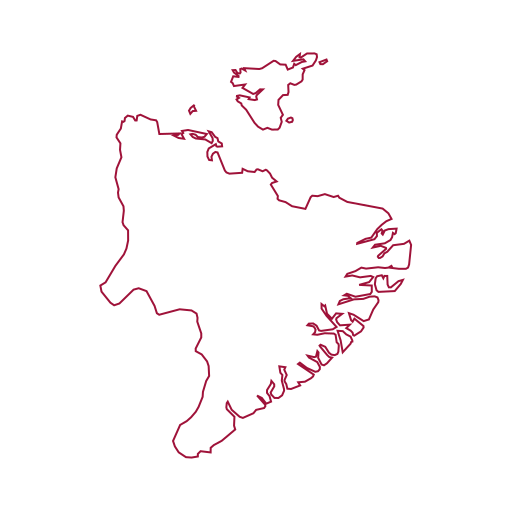 map outline of Southland (Robinson projection), rotated 187°
{"feature_id": "NZL-3408", "entity_name": "Southland", "entity_type": "Regional Council", "adm_level": 1, "iso_a3": "NZL", "parent_name": "New Zealand", "parent_adm1": "", "projection": "robinson", "projection_center": [167.625, -45.772], "detail": "fine", "context": "isolated", "style": "outline", "palette": "rose", "viewbox_px": 512, "rotation_deg": 187, "n_neighbors": 0, "source": "natural_earth", "source_scale": "10m", "svg_char_len": 6149}
<svg xmlns="http://www.w3.org/2000/svg" viewBox="0 0 512 512"><g transform="rotate(187 256 256)"><path d="M405.3,373.3L403.9,373.0L402.9,374.0L402.9,377.0L400.4,379.7L395.0,379.1L392.4,375.8L391.0,376.0L390.9,380.6L387.9,382.1L377.3,378.7L371.7,378.5L370.4,376.9L366.8,365.3L346.9,368.3L347.9,366.8L352.2,365.5L347.2,363.7L341.7,363.6L344.7,367.8L343.2,369.2L344.7,371.1L338.8,372.8L319.7,371.1L321.7,368.0L324.3,367.0L328.2,367.0L330.7,369.0L333.9,369.5L335.9,368.8L333.3,366.4L330.1,365.3L320.5,365.5L313.8,362.6L312.9,365.0L313.5,367.8L318.2,374.0L315.1,373.5L311.1,369.3L308.6,368.3L307.4,365.1L303.7,363.5L303.0,360.7L307.6,359.8L308.7,360.1L309.5,362.1L316.0,357.0L317.0,353.3L316.3,348.8L314.2,345.6L311.4,345.6L312.3,349.1L311.2,352.3L309.0,354.3L306.8,354.1L297.3,337.0L295.5,335.3L292.4,334.5L279.9,336.9L279.9,340.9L274.5,339.1L267.6,339.2L266.0,341.9L264.7,342.3L259.8,340.9L256.8,342.8L255.5,342.3L252.1,339.5L249.6,335.7L244.6,332.5L249.0,330.4L250.0,328.7L241.6,318.2L241.6,315.4L239.9,314.1L233.2,313.1L226.3,309.8L212.7,308.8L208.9,321.1L207.5,322.7L202.1,322.9L195.2,325.8L186.1,324.0L181.9,325.8L180.4,324.0L172.0,320.8L136.1,318.5L129.8,314.5L126.0,309.3L130.9,306.4L135.1,302.2L138.9,297.5L143.8,288.3L149.3,286.4L157.1,281.3L157.1,280.4L140.5,287.1L138.4,290.5L138.9,293.7L134.8,297.8L133.5,296.6L134.0,293.7L132.8,292.7L131.3,297.0L127.8,298.8L119.8,300.3L120.1,295.7L121.1,294.6L122.9,295.6L123.2,291.2L124.5,288.2L129.7,284.3L139.2,281.7L141.1,278.6L133.4,281.3L128.0,279.9L127.7,279.0L134.8,271.1L135.0,270.1L133.9,269.0L132.6,269.2L130.3,271.0L128.9,274.3L126.2,276.2L121.2,283.4L110.6,286.1L105.7,289.9L103.4,285.9L103.0,266.2L103.7,263.0L105.6,261.6L112.7,260.7L120.4,260.7L119.6,261.6L120.4,262.7L123.2,260.6L126.5,259.8L133.4,259.7L145.2,256.9L150.0,257.3L155.5,253.1L163.2,249.4L164.6,246.5L158.1,248.4L150.1,247.5L139.7,250.2L137.1,249.4L140.5,243.9L150.1,239.9L137.5,240.8L136.7,234.5L137.9,232.2L152.3,227.7L161.3,229.6L163.7,227.7L159.9,227.7L156.9,225.7L164.1,223.7L167.3,221.6L168.3,218.1L153.5,224.9L144.3,226.5L138.2,229.5L133.3,230.4L130.4,229.7L129.0,227.1L129.0,225.1L133.1,217.2L136.2,206.8L141.2,204.5L152.0,209.6L156.8,210.6L153.8,203.9L152.1,202.6L150.7,205.8L140.8,199.6L140.5,198.1L142.6,194.0L148.8,188.9L149.9,189.3L150.8,191.7L152.9,193.4L157.6,195.4L154.5,199.3L164.2,197.4L167.4,200.2L168.7,202.7L168.5,204.1L163.4,209.1L169.5,208.8L173.0,203.0L178.5,207.4L181.3,215.3L182.0,214.4L185.1,216.3L184.5,211.8L178.7,205.2L167.4,195.4L170.9,192.6L182.2,189.6L184.3,189.8L187.4,194.2L191.0,196.0L195.3,195.3L196.5,193.5L190.8,193.2L189.3,192.2L187.9,190.1L188.1,187.5L189.7,185.2L185.5,185.3L178.4,187.7L169.3,188.5L167.4,187.5L165.4,180.2L163.4,178.7L162.9,177.1L162.6,171.0L163.3,168.7L165.8,167.2L169.2,167.3L171.8,168.9L176.2,174.3L181.1,175.8L182.0,174.8L181.3,173.9L173.2,166.3L170.9,164.6L168.1,164.4L172.5,158.1L175.2,155.8L177.7,156.3L181.9,162.5L182.2,167.9L183.5,169.1L184.2,163.4L185.9,162.7L192.7,163.4L191.0,161.6L182.3,158.2L179.1,153.7L178.9,151.4L180.4,149.2L183.1,148.3L191.9,151.1L199.5,155.5L201.1,153.9L184.2,145.3L184.7,143.4L186.5,141.4L192.1,137.2L198.7,135.8L196.4,132.9L205.0,128.3L208.7,128.1L210.3,132.5L212.2,134.9L212.6,136.3L211.0,141.6L214.1,146.6L213.3,149.2L219.4,149.3L217.6,143.1L215.3,141.1L215.2,135.4L212.0,127.4L211.7,125.7L213.1,120.9L216.4,117.8L220.4,117.4L224.0,120.4L224.8,122.3L222.0,128.8L222.3,130.9L225.5,133.9L225.7,130.7L228.7,124.3L228.4,121.5L225.5,118.6L223.3,113.3L227.8,110.7L232.9,115.8L237.9,117.6L228.9,109.6L228.4,108.1L229.4,106.1L237.1,103.3L239.4,99.6L249.3,93.7L252.6,94.4L261.4,100.4L266.3,108.0L267.1,106.4L267.0,102.2L266.3,100.4L257.8,93.8L257.1,84.9L255.5,81.3L267.5,68.4L274.8,63.2L277.6,60.1L277.1,55.5L287.2,55.5L289.6,52.5L289.3,49.9L295.4,48.1L301.0,47.8L308.8,51.7L313.3,57.1L315.8,62.3L310.7,79.1L304.6,83.7L300.8,88.0L296.8,94.0L294.6,99.2L291.8,109.7L292.1,114.7L290.2,125.9L287.9,131.2L289.6,141.0L291.7,145.4L297.9,151.7L304.2,154.2L304.6,156.8L300.4,168.5L300.9,172.5L306.3,183.7L306.5,187.5L308.0,191.6L313.4,194.1L325.3,193.8L344.9,185.9L347.4,187.1L350.6,194.1L360.4,207.8L368.5,209.7L373.4,207.7L385.8,192.2L390.8,189.8L394.8,191.9L405.0,201.8L406.9,207.7L402.1,211.5L394.3,229.2L387.3,241.5L385.5,247.6L384.8,255.8L386.1,265.9L391.2,270.4L392.6,273.3L392.7,284.8L393.6,289.2L399.5,297.4L400.7,302.1L400.5,305.6L405.2,317.0L404.9,326.0L401.6,337.6L403.9,344.8L404.3,351.3L408.9,356.7L409.0,359.4L405.7,366.0L405.3,373.3ZM295.2,432.5L300.2,435.4L301.8,437.6L299.0,438.1L296.7,435.3L294.3,435.2L293.7,436.2L294.4,439.6L293.1,440.3L289.3,438.8L290.6,441.0L275.5,442.0L272.8,443.1L262.3,451.9L260.4,451.9L255.3,449.1L249.9,449.5L247.2,444.9L242.3,447.6L241.5,451.4L239.8,450.3L234.1,454.2L230.9,455.2L232.9,457.0L243.0,454.2L240.4,458.6L237.0,461.8L237.0,458.5L235.6,458.5L230.1,463.2L222.6,464.2L220.4,463.6L219.7,460.9L220.4,457.4L223.1,451.9L232.4,447.6L230.5,446.4L231.8,442.0L231.2,436.8L232.1,434.9L237.0,431.0L238.8,430.5L243.0,431.6L244.9,429.7L243.7,422.7L244.2,419.8L248.8,419.0L252.7,413.7L252.4,408.7L246.5,399.4L248.3,396.2L246.8,392.3L248.2,386.2L249.8,384.2L255.6,383.4L260.3,384.6L264.5,382.3L269.7,384.6L273.7,388.0L283.6,400.0L288.5,403.7L289.2,405.6L293.0,407.3L294.4,409.0L292.2,410.8L294.4,411.8L294.4,412.6L291.7,413.5L281.7,412.6L282.4,410.8L276.2,410.6L274.1,411.5L275.2,414.2L274.9,415.7L269.5,422.2L272.3,421.9L276.2,417.6L278.6,416.5L289.9,421.2L287.7,424.9L298.6,422.0L300.2,424.7L302.0,425.8L300.5,431.6L295.2,431.6L295.2,432.5ZM130.1,235.3L132.2,236.7L134.6,242.5L134.5,248.5L133.3,250.7L128.8,252.2L126.9,249.4L126.1,251.9L123.3,252.2L121.9,243.7L120.3,241.1L118.3,241.3L111.5,248.4L107.3,250.2L108.9,245.9L114.0,238.1L130.1,235.3ZM158.2,171.0L161.7,182.5L165.9,191.7L160.7,192.0L156.9,189.2L152.3,187.5L150.1,183.9L149.9,182.8L151.0,182.3L151.5,180.4L158.2,171.0ZM338.5,389.1L340.2,392.1L338.9,395.0L335.5,398.5L336.0,397.1L333.2,392.8L336.5,392.1L338.5,389.1ZM241.1,396.2L238.2,397.7L236.7,397.2L236.0,395.4L236.5,393.6L239.4,392.5L242.3,393.9L241.1,396.2ZM209.1,458.0L213.0,454.5L215.5,454.3L216.6,456.1L210.0,459.6L209.1,458.0Z" fill="none" stroke="#9f1239" stroke-width="2"/></g></svg>